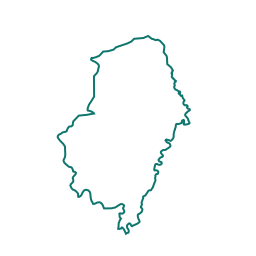 Centurión, Cerro Largo, Uruguay, rotated 46°
{"feature_id": "84410073B80643779971885", "entity_name": "Centurión", "entity_type": "district", "adm_level": 2, "iso_a3": "URY", "parent_name": "Uruguay", "parent_adm1": "Cerro Largo", "projection": "orthographic", "projection_center": [-53.755, -32.187], "detail": "fine", "context": "isolated", "style": "outline", "palette": "teal", "viewbox_px": 256, "rotation_deg": 46, "n_neighbors": 0, "source": "geoboundaries", "source_scale": "gbopen_adm2", "svg_char_len": 5881}
<svg xmlns="http://www.w3.org/2000/svg" viewBox="0 0 256 256"><g transform="rotate(46 128 128)"><path d="M202.7,202.9L202.8,201.8L203.0,201.4L203.4,200.7L203.5,200.4L203.4,200.0L203.2,199.6L202.1,198.6L200.6,198.1L199.3,197.9L198.0,197.1L197.5,196.4L197.3,195.7L197.3,195.1L197.4,193.5L197.5,193.3L198.0,193.0L198.5,192.9L199.0,193.0L200.9,193.5L201.2,193.5L201.5,193.3L201.7,192.1L203.3,187.8L203.4,186.9L203.4,186.3L203.6,185.6L203.6,185.4L203.6,185.2L203.4,184.8L203.0,184.4L202.5,184.2L200.9,183.7L199.2,182.9L197.9,182.0L197.2,181.0L197.2,180.6L197.5,179.6L197.7,178.9L197.8,177.1L197.9,176.6L197.8,176.4L197.3,175.2L196.9,174.6L196.6,174.2L195.9,173.9L195.3,173.8L194.1,173.9L193.8,173.7L193.3,172.8L193.1,171.9L192.8,171.3L192.4,170.9L191.8,170.6L191.3,170.2L190.9,169.7L190.5,168.9L190.0,167.8L189.4,166.8L189.2,166.0L188.6,165.5L188.2,165.3L187.9,164.7L188.2,163.3L188.6,162.4L188.5,161.7L188.2,160.9L187.9,159.0L187.6,158.2L187.4,157.2L187.4,156.5L187.7,155.8L188.3,155.3L188.7,154.6L188.6,154.1L188.3,153.2L188.1,152.3L188.1,151.6L187.2,149.9L186.1,147.7L184.9,144.9L184.5,144.4L184.0,144.0L183.5,143.8L182.9,143.4L182.6,142.8L182.0,142.0L181.4,141.6L180.9,140.7L180.8,140.1L180.9,139.6L181.6,138.7L181.6,138.1L181.1,137.3L180.7,136.8L180.5,136.6L180.1,136.5L178.9,136.6L178.1,137.0L177.7,137.4L177.1,138.2L176.8,138.3L176.6,138.3L176.2,138.1L175.8,137.7L175.2,136.9L173.5,134.3L173.3,133.8L173.3,133.0L173.7,132.4L174.4,132.0L175.2,131.8L175.9,131.3L176.4,130.9L176.9,130.2L177.0,129.6L177.1,128.9L177.0,128.5L176.7,128.1L176.0,127.7L175.4,127.8L175.0,128.1L174.4,128.4L173.6,128.7L172.8,128.6L172.1,128.2L171.9,127.3L171.8,125.5L172.0,124.7L172.2,124.0L172.6,123.3L172.7,123.0L172.6,122.8L172.4,122.4L172.0,122.0L171.7,121.9L171.3,121.8L170.6,121.9L169.8,121.8L169.2,121.7L168.5,121.4L168.1,121.1L167.9,120.7L167.9,120.4L167.9,119.6L168.1,118.5L168.5,117.7L168.8,117.3L169.3,116.9L169.7,116.4L169.9,115.9L170.0,114.6L170.4,113.0L170.6,112.0L170.6,110.4L170.5,110.1L170.0,109.6L169.7,109.4L168.1,108.9L167.6,109.0L166.7,109.4L166.0,109.7L165.3,109.9L164.7,110.0L164.2,109.7L164.0,109.4L163.6,109.4L163.0,109.6L162.9,109.4L162.8,109.1L162.8,108.8L162.9,108.4L164.4,107.5L165.3,107.0L166.6,106.5L166.9,106.1L167.0,105.7L167.0,104.3L167.0,103.5L166.8,102.8L166.5,102.1L166.1,101.4L165.5,100.7L164.7,100.0L163.9,99.1L163.2,97.9L162.4,97.0L162.1,96.4L161.9,95.5L161.3,94.9L160.7,93.4L159.0,91.3L158.8,90.9L158.8,90.4L159.0,90.0L160.3,88.9L160.6,88.3L161.7,85.6L161.7,85.4L161.1,85.0L160.6,84.7L160.4,84.2L160.4,83.7L160.5,82.8L160.7,82.5L161.0,82.4L161.4,82.4L163.1,83.9L163.9,85.2L164.3,85.3L164.6,85.2L165.7,84.0L166.4,82.8L167.3,81.1L167.2,80.3L167.0,80.1L166.0,79.8L164.4,79.3L164.0,78.9L163.6,78.7L162.7,78.4L161.9,78.3L159.6,78.2L158.7,78.1L158.4,77.9L158.1,77.5L157.7,76.7L157.6,75.6L157.8,74.7L157.6,73.7L158.0,71.9L158.1,71.5L158.1,71.3L158.0,71.1L157.6,70.7L157.2,70.6L156.6,70.9L155.9,71.3L155.4,71.4L154.4,71.4L154.2,71.3L153.8,70.8L153.7,70.4L153.7,70.1L153.7,69.9L153.1,69.8L152.5,69.9L152.0,70.2L151.5,70.9L151.2,71.3L150.2,71.5L149.6,71.5L148.6,71.0L147.9,70.1L147.6,69.3L147.7,68.7L147.5,68.2L145.9,67.9L144.9,67.8L144.1,67.6L143.0,67.0L142.6,66.7L142.4,66.5L142.1,66.5L142.0,66.8L141.9,67.4L141.6,67.6L141.1,67.7L140.2,67.4L139.7,67.1L139.3,67.1L139.1,67.4L138.8,67.6L138.4,67.6L138.1,67.3L137.9,67.0L138.0,66.7L138.4,66.1L138.6,66.1L138.8,65.9L138.7,65.7L137.8,65.4L137.5,65.6L137.1,65.8L136.8,66.0L134.2,66.7L133.2,67.2L131.8,66.9L131.0,66.7L130.6,66.4L130.3,65.9L130.2,65.4L129.8,64.7L129.5,64.5L128.9,64.3L128.4,64.1L128.2,63.6L128.1,63.4L127.9,63.0L127.5,62.7L127.4,62.2L127.6,61.8L127.8,61.4L127.5,60.9L127.0,60.9L126.4,61.1L125.9,61.1L125.4,61.1L125.1,60.9L124.6,61.0L124.0,61.2L123.9,61.0L123.5,60.9L123.1,60.9L123.0,61.1L122.6,61.2L121.8,61.1L121.3,60.6L120.4,59.2L119.8,59.0L119.1,58.9L119.0,58.7L119.2,58.3L119.1,58.2L118.8,58.2L118.5,58.1L118.4,57.9L118.4,57.6L118.5,57.4L117.8,56.5L118.0,56.2L117.8,55.7L113.9,54.9L109.3,55.4L104.4,51.0L102.9,50.2L98.3,49.7L94.8,45.3L93.7,44.6L87.6,44.4L85.1,45.3L83.9,47.2L81.9,47.9L80.5,48.9L75.8,49.6L73.9,54.5L68.1,61.6L68.1,65.6L66.7,69.8L61.6,80.5L61.6,83.9L58.9,89.0L55.8,92.7L56.1,98.5L54.6,102.3L53.2,104.7L52.4,105.4L52.6,106.4L53.2,107.1L55.3,106.7L57.5,105.7L59.8,105.3L61.4,105.2L62.5,105.4L63.7,106.3L64.6,108.0L66.4,110.6L66.9,112.5L67.1,116.5L81.9,130.6L83.2,135.8L84.2,140.1L86.0,143.6L87.4,144.8L89.1,143.7L90.9,142.8L92.6,142.4L93.7,142.3L94.0,142.4L93.4,143.2L90.0,148.4L84.9,154.8L85.2,162.7L86.7,164.9L87.6,165.8L87.5,167.5L86.2,169.2L86.1,170.7L86.8,172.6L87.6,174.1L87.4,175.4L86.5,176.8L85.7,178.3L85.5,180.4L85.0,181.7L84.7,182.5L85.1,184.3L86.0,185.1L87.5,185.4L90.0,185.7L94.4,185.6L97.5,186.2L103.8,191.8L105.3,193.9L106.4,196.8L107.8,197.6L108.6,197.9L109.3,197.9L112.6,197.7L114.4,197.5L115.3,197.2L115.9,196.7L116.8,196.1L117.9,196.1L119.1,196.5L120.0,196.8L121.0,197.6L121.9,197.3L122.9,196.6L124.0,196.6L124.6,197.2L124.9,198.5L125.0,200.5L125.2,202.0L125.8,202.6L127.5,203.6L128.6,204.7L128.7,206.4L128.7,208.2L129.4,209.5L132.0,210.4L133.8,210.5L135.9,209.6L137.8,209.3L139.4,209.4L140.4,209.5L141.9,210.7L142.8,211.6L143.5,211.2L144.0,209.4L143.8,207.9L142.8,205.4L142.4,202.6L143.3,201.1L145.5,199.8L147.4,199.9L148.6,200.4L152.7,203.6L155.1,204.9L157.4,205.4L158.4,205.8L159.3,204.7L160.3,201.8L161.5,200.2L162.5,199.6L164.5,199.5L166.3,199.9L168.1,200.7L169.2,201.1L174.3,195.7L176.4,192.2L176.9,189.3L177.6,186.2L178.3,185.4L179.0,184.9L180.1,184.6L181.1,184.7L181.3,185.0L181.8,186.0L181.9,186.7L182.3,187.3L183.2,187.7L184.5,188.1L185.4,188.6L185.8,189.0L186.0,190.1L185.9,190.9L185.5,191.7L184.9,192.3L183.8,193.0L183.7,193.9L184.8,194.6L186.3,195.9L188.3,196.0L188.3,196.9L189.8,200.4L190.6,201.5L192.3,203.2L193.1,204.4L193.7,205.1L194.4,204.6L195.4,203.0L195.3,201.5L196.1,201.2L198.3,201.4L202.7,202.9Z" fill="none" stroke="#0f766e" stroke-width="2"/></g></svg>